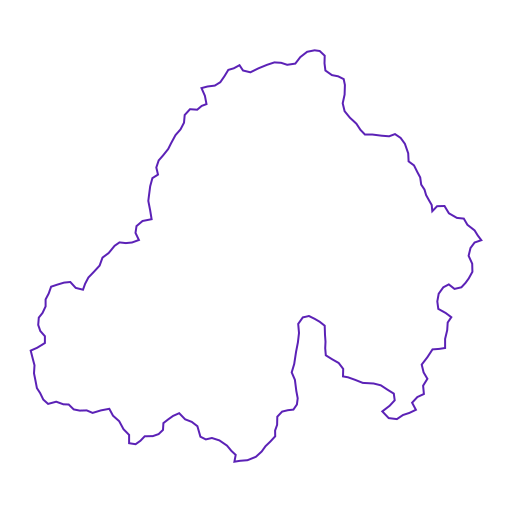 Fervedouro, Minas Gerais, Brazil
{"feature_id": "56859067B78498783897828", "entity_name": "Fervedouro", "entity_type": "district", "adm_level": 2, "iso_a3": "BRA", "parent_name": "Brazil", "parent_adm1": "Minas Gerais", "projection": "robinson", "projection_center": [-42.344, -20.674], "detail": "fine", "context": "isolated", "style": "outline", "palette": "violet", "viewbox_px": 512, "rotation_deg": 0, "n_neighbors": 0, "source": "geoboundaries", "source_scale": "gbopen_adm2", "svg_char_len": 2917}
<svg xmlns="http://www.w3.org/2000/svg" viewBox="0 0 512 512"><path d="M48.1,403.9L56.2,401.7L63.4,404.3L68.7,404.5L73.7,409.4L79.7,410.6L86.7,410.4L92.6,412.9L100.9,410.4L109.3,408.8L113.0,415.7L119.2,421.2L123.5,429.2L129.1,434.9L129.1,443.2L135.6,444.2L140.4,440.8L144.7,436.3L152.9,436.1L158.6,434.1L163.0,429.9L163.4,423.1L168.3,419.3L173.1,415.9L179.2,413.2L185.1,419.3L191.8,421.9L197.4,426.2L200.4,436.7L205.8,439.4L211.9,438.0L219.4,440.4L227.0,445.6L231.4,450.9L235.7,454.9L234.4,461.7L240.0,460.8L247.5,460.2L255.9,456.8L261.7,451.5L265.5,446.2L270.3,441.6L275.2,436.3L275.1,430.5L277.1,424.9L277.3,416.7L282.1,411.6L287.9,410.2L293.4,409.6L296.9,404.5L297.7,398.3L296.3,390.9L294.9,379.8L291.7,372.4L294.2,364.0L296.1,351.6L297.9,342.4L299.0,333.0L298.2,323.9L302.8,317.4L308.9,316.0L314.6,318.8L319.6,321.7L324.7,325.7L325.0,334.9L325.5,341.7L325.2,348.2L325.8,355.3L332.2,359.3L338.7,363.0L343.2,368.9L343.0,376.4L348.0,377.3L355.0,379.8L362.8,382.9L368.5,383.2L373.6,383.5L380.8,385.3L387.5,389.7L393.8,393.6L394.7,400.3L389.6,405.8L382.3,411.4L388.7,418.1L396.9,419.1L403.0,415.0L409.4,412.9L415.9,409.8L412.1,402.7L417.4,397.0L423.9,394.0L423.1,385.7L427.4,378.8L423.6,372.4L421.7,364.6L427.4,357.2L432.5,349.4L439.2,348.9L445.1,348.0L445.1,338.9L447.2,330.2L447.7,322.5L451.3,317.2L445.7,313.0L438.3,308.9L437.3,301.4L438.7,293.7L443.3,287.3L448.8,284.4L454.5,288.9L461.4,287.3L465.5,282.9L468.7,278.5L472.4,271.8L472.2,263.7L468.6,255.8L470.5,248.0L474.6,242.5L481.3,240.2L477.7,235.4L474.6,230.4L467.4,224.8L463.8,218.6L456.9,217.9L448.9,213.3L444.5,206.0L437.1,206.2L432.3,211.2L431.7,205.0L429.0,200.3L426.1,195.1L424.5,189.6L421.2,184.6L420.2,177.4L417.3,172.0L414.0,165.4L408.6,161.4L408.2,153.3L404.9,143.8L400.6,137.9L395.0,134.1L389.1,136.3L381.6,135.7L372.1,134.5L364.9,134.5L360.4,129.8L356.4,123.7L349.9,117.7L344.6,111.2L342.7,103.3L344.6,94.6L344.9,85.0L343.7,79.1L338.1,76.3L331.9,75.1L325.4,70.5L324.5,63.3L324.7,55.7L319.7,51.0L314.6,50.3L307.1,51.8L300.3,57.1L295.3,63.6L287.2,64.8L281.1,62.8L274.4,62.4L267.1,64.8L258.5,68.3L250.4,72.3L243.0,70.5L239.5,65.2L233.8,68.3L228.3,69.9L224.4,76.3L220.3,82.2L214.8,85.6L207.5,86.5L201.5,88.1L204.9,95.8L206.5,104.1L201.7,105.9L197.2,109.7L190.0,109.2L184.7,115.0L184.0,122.7L180.5,129.4L175.5,135.1L171.1,143.2L168.2,149.0L163.0,155.5L158.7,160.4L156.3,167.5L158.0,174.6L152.4,178.1L150.2,186.2L149.1,194.5L148.3,200.9L150.2,210.6L151.6,219.2L142.5,221.0L136.5,226.1L135.5,232.9L138.9,240.0L132.0,242.5L125.8,243.1L119.5,242.4L114.6,245.8L108.7,253.0L102.5,257.6L99.6,265.6L93.9,271.8L88.4,277.5L85.1,283.8L83.0,289.7L75.7,287.9L70.3,282.0L64.1,282.6L57.4,284.6L51.1,286.7L48.7,293.5L45.6,299.4L45.6,306.4L42.5,313.0L38.8,317.6L38.2,324.9L40.3,331.0L44.9,336.2L44.9,343.0L37.1,347.8L30.7,350.6L32.6,358.1L34.5,365.3L34.0,373.3L35.5,380.8L36.9,388.1L40.1,393.0L43.3,399.6L48.1,403.9Z" fill="none" stroke="#5b21b6" stroke-width="2"/></svg>